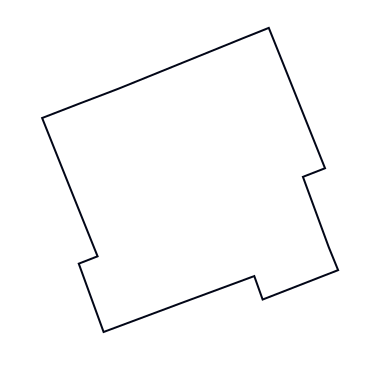 outline of Whitley, Indiana, United States of America, rotated 159°
{"feature_id": "52423323B56152187433060", "entity_name": "Whitley", "entity_type": "district", "adm_level": 2, "iso_a3": "USA", "parent_name": "United States of America", "parent_adm1": "Indiana", "projection": "robinson", "projection_center": [-85.517, 41.149], "detail": "fine", "context": "isolated", "style": "outline", "palette": "ink", "viewbox_px": 384, "rotation_deg": 159, "n_neighbors": 0, "source": "geoboundaries", "source_scale": "gbopen_adm2", "svg_char_len": 368}
<svg xmlns="http://www.w3.org/2000/svg" viewBox="0 0 384 384"><g transform="rotate(159 192 192)"><path d="M60.9,279.3L61.5,317.7L89.1,317.3L223.6,314.8L264.5,314.9L305.4,314.8L304.4,242.4L303.2,165.8L323.4,165.7L324.7,93.0L243.3,92.2L164.0,91.2L164.6,66.3L83.6,66.7L84.1,91.6L83.0,166.4L59.3,166.5L60.9,279.3Z" fill="none" stroke="#020617" stroke-width="2"/></g></svg>